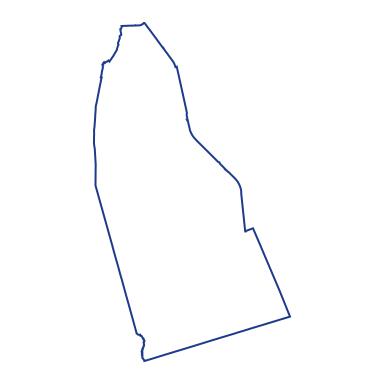 Someren, Noord-Brabant, Netherlands (Albers equal-area conic projection)
{"feature_id": "6326949B17219588023251", "entity_name": "Someren", "entity_type": "district", "adm_level": 2, "iso_a3": "NLD", "parent_name": "Netherlands", "parent_adm1": "Noord-Brabant", "projection": "albers", "projection_center": [5.682, 51.386], "detail": "fine", "context": "isolated", "style": "outline", "palette": "blue", "viewbox_px": 384, "rotation_deg": 0, "n_neighbors": 0, "source": "geoboundaries", "source_scale": "gbopen_adm2", "svg_char_len": 4718}
<svg xmlns="http://www.w3.org/2000/svg" viewBox="0 0 384 384"><path d="M177.6,70.6L176.8,66.7L175.5,67.1L175.3,66.5L175.1,65.8L174.7,64.8L174.3,63.8L173.8,62.8L173.6,62.5L173.1,61.7L172.7,61.1L172.5,60.7L172.0,60.1L170.5,58.0L168.5,55.4L167.4,53.7L166.5,52.6L165.9,51.8L164.7,50.1L164.3,49.6L163.9,49.0L163.7,48.6L163.6,48.4L163.4,48.5L162.8,47.6L162.8,47.4L162.7,47.4L162.4,47.0L162.1,46.8L161.3,45.6L160.4,44.4L158.5,41.8L157.8,40.9L156.9,39.6L156.3,38.8L150.6,31.1L149.2,29.2L147.4,26.9L144.8,23.3L144.7,23.2L144.3,23.0L143.8,23.0L143.7,23.1L143.8,23.2L143.6,23.4L141.7,24.7L141.3,24.9L140.9,25.1L140.4,25.2L140.0,25.3L139.4,25.4L135.9,25.5L135.7,25.5L135.6,25.4L135.5,25.5L135.3,25.5L130.0,25.7L128.7,25.7L121.5,26.0L121.6,27.5L120.8,29.2L120.3,29.2L120.3,29.3L120.5,29.8L120.4,30.1L120.9,32.6L121.2,34.1L121.3,34.8L121.1,35.1L119.9,35.8L119.6,36.2L119.8,38.0L119.5,39.0L119.0,40.4L118.8,41.1L118.0,42.9L118.0,43.1L118.0,43.3L118.0,43.6L118.3,44.3L118.5,44.6L118.4,44.7L117.5,47.2L117.4,47.5L116.9,49.2L116.8,49.6L116.8,50.1L115.7,51.8L115.5,52.2L115.2,52.6L114.7,53.5L114.0,54.8L113.9,55.0L113.6,55.3L113.5,55.7L113.3,56.0L112.7,56.8L112.5,57.1L112.4,57.2L112.3,57.4L112.2,57.5L111.8,58.1L111.1,59.1L111.0,59.3L110.8,59.6L110.4,60.1L110.3,60.3L110.1,60.6L109.9,60.8L109.4,61.6L108.3,60.5L107.5,61.3L107.2,61.5L105.8,62.0L104.8,62.5L104.9,62.9L104.0,63.1L103.8,62.5L103.2,63.2L103.3,64.6L102.5,64.7L102.8,65.5L102.7,66.5L102.9,67.3L102.7,68.5L101.8,72.1L101.7,73.8L100.8,77.4L101.7,77.5L101.5,78.3L101.4,78.5L100.5,83.0L99.9,85.7L97.5,98.1L96.9,101.4L96.1,104.8L95.7,106.7L95.7,109.3L95.6,110.8L95.3,114.4L95.2,116.0L95.2,116.8L95.1,118.6L94.5,126.7L94.1,129.8L94.0,130.3L94.1,131.3L94.1,134.4L94.1,135.7L94.0,137.5L94.0,138.9L94.0,143.8L94.8,149.2L95.7,164.7L95.6,170.9L95.6,171.6L95.5,185.5L112.7,247.0L112.7,247.4L113.2,248.9L113.6,250.6L114.2,252.7L116.4,260.5L117.6,264.6L120.2,274.2L121.8,279.6L125.9,294.6L129.0,305.6L133.2,320.8L135.9,330.6L136.6,333.4L136.8,333.4L137.0,333.5L137.4,334.0L137.6,334.2L137.7,334.3L137.9,334.5L138.8,334.7L139.1,334.8L139.4,335.1L139.5,335.1L139.8,335.3L140.0,335.3L140.2,335.2L140.3,335.0L140.6,335.4L140.7,335.6L140.7,335.8L140.8,335.8L141.2,335.9L141.5,335.9L141.6,336.0L141.9,336.5L142.0,336.6L142.1,336.8L142.1,337.0L142.3,337.3L142.5,337.5L142.6,337.8L142.7,338.0L143.1,338.2L143.1,338.3L143.2,339.1L143.3,339.2L143.7,339.3L143.8,339.3L143.8,339.5L143.7,339.8L143.7,340.0L143.9,340.2L144.4,340.7L144.5,340.8L144.4,341.2L144.3,341.3L144.1,341.6L143.9,341.8L143.7,342.0L143.8,342.2L143.8,342.4L143.9,342.5L143.7,342.9L143.7,343.0L143.9,343.5L143.8,344.0L144.1,344.8L144.1,345.3L143.7,345.6L143.7,345.8L143.7,346.0L143.7,346.4L143.5,346.6L143.3,347.0L143.4,347.3L143.3,347.5L142.9,347.7L142.8,347.8L142.7,348.0L142.7,348.3L142.8,348.4L142.8,348.5L142.6,348.6L142.5,348.9L142.5,349.0L142.5,349.3L142.6,349.5L142.2,349.7L142.1,349.8L142.2,350.0L142.3,350.1L142.3,350.3L142.1,350.5L141.9,351.0L142.2,351.0L142.3,351.1L142.3,351.5L142.3,351.8L142.4,352.0L142.2,352.3L141.8,352.6L141.8,352.8L141.9,353.2L142.1,353.2L142.3,353.2L142.4,353.3L142.3,353.5L142.1,354.0L142.3,354.4L141.8,354.9L141.8,355.0L142.1,355.2L142.2,355.3L142.4,355.7L142.5,355.8L142.2,356.7L142.2,356.8L142.2,357.1L142.3,357.2L142.3,357.4L142.3,357.5L142.5,358.2L142.6,358.3L142.8,358.2L142.9,358.3L142.9,358.5L143.3,359.0L143.6,359.4L144.0,360.1L144.2,360.4L144.3,360.4L144.5,360.4L144.5,360.6L144.5,360.8L144.5,361.0L149.8,359.4L155.7,357.6L162.1,355.6L191.4,346.7L207.0,341.9L211.1,340.6L215.8,339.2L221.7,337.4L233.7,333.8L236.8,332.8L247.7,329.5L250.8,328.5L255.8,327.0L290.0,316.6L280.1,292.0L272.3,273.6L269.6,267.2L265.1,256.7L260.6,246.0L259.5,243.4L253.0,228.3L249.0,229.8L246.1,230.9L245.8,231.1L245.8,231.4L245.2,231.4L241.2,193.3L241.2,193.0L241.3,192.6L241.2,191.5L241.2,191.1L241.1,190.3L240.9,189.5L240.8,189.0L240.7,188.6L240.5,187.8L240.2,187.0L240.0,186.2L239.6,185.5L239.3,184.7L239.1,184.3L238.7,183.6L238.3,182.8L238.1,182.5L237.9,182.1L237.4,181.4L237.2,181.1L236.7,180.4L235.6,179.1L228.6,172.1L228.2,172.0L228.1,171.9L226.7,170.5L226.4,170.5L226.2,170.3L225.8,169.9L225.5,169.5L225.4,169.6L225.2,169.4L225.4,169.3L224.3,168.1L219.8,163.6L219.7,162.9L219.5,162.5L219.3,162.3L218.9,162.1L218.3,162.0L218.1,161.9L206.5,150.3L198.1,142.0L196.7,140.6L196.4,140.2L195.3,139.1L194.6,138.3L194.0,137.6L193.5,137.0L193.3,136.7L192.7,135.8L192.3,135.3L192.1,134.8L191.8,134.4L191.5,133.7L191.2,133.1L190.5,131.6L190.3,131.2L190.0,130.2L189.0,125.9L188.5,123.8L188.2,122.2L187.9,121.4L187.7,121.1L187.9,121.1L187.7,120.1L187.4,119.8L187.5,119.8L187.4,118.8L186.6,115.1L186.7,114.5L186.9,113.2L186.9,112.8L185.7,107.2L178.0,72.2L177.6,70.6Z" fill="none" stroke="#1e3a8a" stroke-width="2"/></svg>